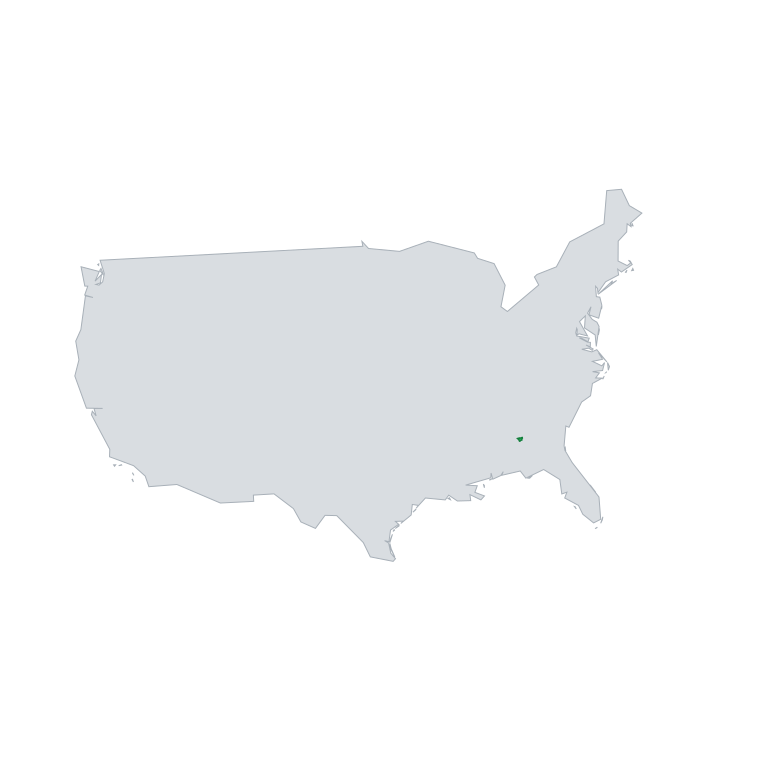 location of Muscogee, Georgia, United States of America, rotated 344°
{"feature_id": "52423323B73229184537448", "entity_name": "Muscogee", "entity_type": "district", "adm_level": 2, "iso_a3": "USA", "parent_name": "United States of America", "parent_adm1": "Georgia", "projection": "albers", "projection_center": [-84.88, 32.491], "detail": "fine", "context": "in_parent", "style": "filled", "palette": "green", "viewbox_px": 768, "rotation_deg": 344, "n_neighbors": 0, "source": "geoboundaries", "source_scale": "gbopen_adm2", "svg_char_len": 4262}
<svg xmlns="http://www.w3.org/2000/svg" viewBox="0 0 768 768"><g transform="rotate(344 384 384)"><path d="M601.7,298.6L639.6,290.7L651.4,259.5L666.0,262.3L669.0,280.2L679.0,290.8L665.1,297.4L664.8,300.8L661.9,297.0L659.2,304.7L648.5,311.2L642.9,330.3L650.4,337.2L654.6,335.6L653.1,332.4L654.6,333.8L655.5,337.6L643.1,341.8L640.3,338.0L639.6,343.8L625.2,346.8L614.8,355.2L615.6,351.0L614.3,348.4L612.2,358.6L615.4,360.0L615.1,368.4L608.5,379.9L600.1,374.0L604.3,366.8L599.2,372.0L602.0,379.3L605.7,383.3L606.6,388.0L598.4,406.4L600.5,395.1L592.2,385.4L596.3,374.0L589.1,377.9L592.9,393.9L585.3,389.5L582.9,390.2L584.8,385.0L584.6,383.5L582.4,387.6L582.5,391.0L593.9,396.5L591.7,399.6L586.4,394.3L584.4,393.5L591.1,399.8L593.9,400.9L592.5,405.2L589.0,402.2L594.7,408.0L593.4,409.0L590.7,406.0L583.7,405.1L592.6,410.4L598.0,409.7L604.4,424.3L598.8,413.1L600.9,420.5L590.6,419.7L598.4,426.6L601.9,424.2L597.8,431.3L587.9,429.6L594.1,432.7L589.1,436.5L595.4,438.5L584.5,440.9L579.3,452.2L569.0,455.8L549.9,476.6L547.2,474.5L540.1,493.0L539.6,497.5L543.2,511.3L559.5,551.9L555.0,573.8L547.2,575.3L539.2,564.0L537.5,554.3L526.3,543.4L530.0,538.4L524.6,538.7L526.7,524.3L513.9,510.2L494.4,513.6L491.0,505.2L472.0,504.2L474.5,501.1L471.0,504.2L462.3,505.5L462.4,499.1L460.8,503.6L434.6,503.7L445.6,507.5L441.5,513.2L449.7,519.3L445.2,522.1L436.1,514.0L435.2,520.0L422.3,516.7L415.6,508.7L410.9,512.3L392.4,505.0L380.7,512.2L383.7,510.2L378.0,507.6L374.0,517.4L361.7,522.7L364.6,521.1L357.1,519.2L359.4,522.9L350.0,526.2L345.3,537.0L341.4,534.7L344.6,538.1L343.9,548.5L346.9,555.1L343.9,557.0L323.2,546.4L320.4,530.7L302.3,497.5L291.1,494.0L278.3,503.9L266.1,493.7L262.6,478.8L248.0,459.3L227.8,454.8L226.4,460.9L193.9,453.3L157.2,423.5L129.7,417.9L129.1,406.7L120.8,393.5L100.1,378.3L102.4,371.2L94.3,332.9L96.1,329.8L98.5,335.3L98.5,327.6L106.8,329.9L91.3,325.2L89.0,291.1L97.4,276.7L99.5,257.8L107.6,248.2L121.3,217.0L128.1,220.6L120.8,216.0L126.2,208.3L123.4,207.4L125.1,187.8L141.3,197.4L134.6,205.5L142.6,200.9L139.3,208.6L134.5,208.9L137.3,210.4L141.7,208.3L145.6,200.8L145.2,186.8L401.6,245.8L402.1,240.8L406.5,249.5L435.5,260.8L466.0,259.0L506.9,282.9L508.6,289.0L523.0,298.6L527.7,322.4L517.7,342.0L522.6,348.3L560.0,331.5L558.1,322.6L561.3,320.9L582.0,318.9L601.7,298.6ZM630.0,350.3L636.2,348.6L614.5,356.8L632.2,347.8L630.0,350.3ZM143.8,194.9L144.4,200.7L144.0,201.4L142.1,196.4L143.8,194.9ZM346.7,553.3L344.9,544.0L345.7,538.8L345.5,544.3L346.7,553.3ZM666.7,297.8L667.0,300.6L665.9,300.2L666.7,297.8ZM415.6,511.4L416.0,513.6L414.0,511.7L415.6,511.4ZM106.4,389.4L109.4,389.2L109.5,389.6L106.4,389.4ZM103.8,387.7L102.3,388.8L101.8,387.2L103.8,387.7ZM649.0,341.5L647.4,343.5L646.9,343.1L649.0,341.5ZM347.9,534.3L345.8,538.2L350.7,530.8L347.9,534.3ZM554.6,538.5L557.7,546.5L554.1,537.7L554.6,538.5ZM117.9,400.4L118.4,402.9L117.7,400.6L117.9,400.4ZM556.3,574.9L553.9,577.6L557.8,572.0L556.3,574.9ZM605.6,429.3L603.4,432.6L604.8,424.9L605.6,429.3ZM142.9,189.9L142.4,191.4L141.7,190.3L142.9,189.9ZM359.3,524.6L355.0,526.0L359.5,524.0L359.3,524.6ZM655.0,341.5L655.2,343.5L653.3,343.3L655.0,341.5ZM116.0,406.3L116.1,409.1L115.5,406.4L116.0,406.3ZM353.8,527.4L352.0,528.2L353.6,526.8L353.8,527.4ZM605.9,391.5L603.6,396.0L606.2,389.8L605.9,391.5ZM379.3,513.9L376.4,515.2L380.6,512.8L379.3,513.9ZM540.7,495.2L540.2,498.5L539.9,496.2L540.7,495.2ZM596.3,439.0L595.5,439.7L597.9,437.0L596.3,439.0ZM501.4,512.9L498.1,514.7L496.8,514.3L501.4,512.9ZM461.1,504.9L460.5,505.4L458.6,505.3L461.1,504.9ZM533.9,554.7L534.4,557.1L533.3,554.3L533.9,554.7ZM452.5,509.3L451.9,511.4L451.9,507.6L452.5,509.3ZM548.9,580.9L547.0,581.2L549.6,580.4L548.9,580.9ZM614.7,370.0L613.7,372.1L614.9,369.0L614.7,370.0ZM601.5,433.5L600.4,434.3L600.2,434.3L601.5,433.5Z" fill="#d9dde1" stroke="#a8b0b8" stroke-width="1"/><path d="M501.8,473.5L501.3,473.5L499.8,473.6L499.4,473.5L499.3,473.2L499.0,473.2L498.5,473.2L497.3,473.2L497.5,473.6L497.9,474.0L498.0,474.1L498.2,474.4L498.2,474.6L498.3,475.0L498.3,475.3L498.6,475.5L498.7,475.8L498.5,476.2L498.5,476.3L499.0,476.4L499.5,476.1L499.6,475.9L500.0,475.9L500.3,475.9L500.5,475.8L500.8,475.7L501.0,475.8L501.5,474.6L501.8,474.4L502.0,474.3L502.0,474.2L502.1,473.8L501.8,473.8L501.8,473.5Z" fill="#22c55e" stroke="#15803d" stroke-width="1.5"/></g></svg>